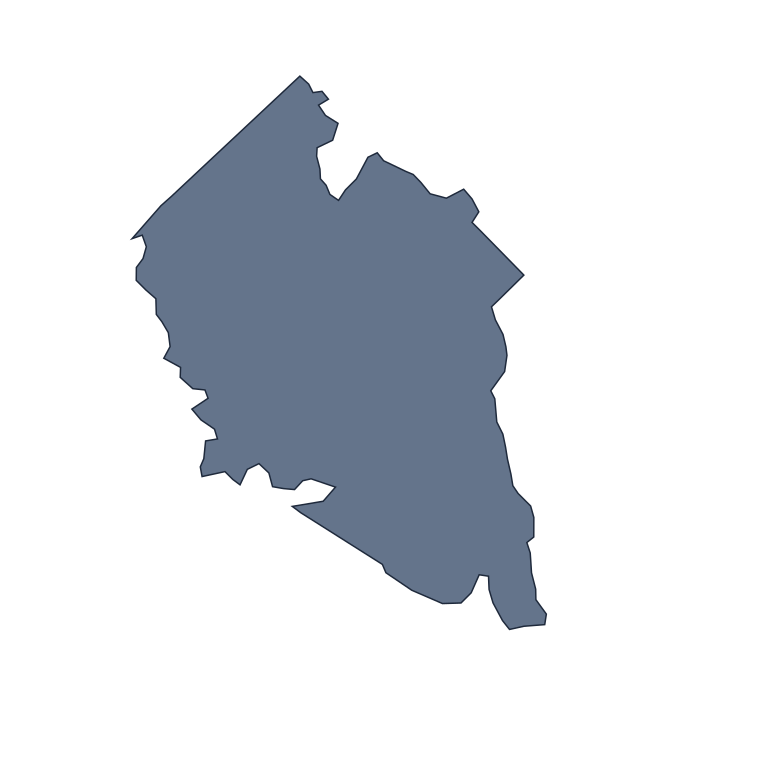 Cruzaltense, Rio Grande do Sul, Brazil (Albers equal-area conic projection), rotated 225°
{"feature_id": "56859067B1237322992297", "entity_name": "Cruzaltense", "entity_type": "district", "adm_level": 2, "iso_a3": "BRA", "parent_name": "Brazil", "parent_adm1": "Rio Grande do Sul", "projection": "albers", "projection_center": [-52.651, -27.628], "detail": "fine", "context": "isolated", "style": "filled", "palette": "slate", "viewbox_px": 768, "rotation_deg": 225, "n_neighbors": 0, "source": "geoboundaries", "source_scale": "gbopen_adm2", "svg_char_len": 1587}
<svg xmlns="http://www.w3.org/2000/svg" viewBox="0 0 768 768"><g transform="rotate(225 384 384)"><path d="M624.7,546.1L634.8,547.1L640.3,539.8L649.3,542.8L661.2,542.2L667.0,365.8L667.8,352.4L664.9,308.7L660.2,318.3L649.1,313.0L643.1,302.3L641.5,291.3L632.5,282.1L618.7,282.1L605.6,283.0L594.2,272.2L585.2,271.0L572.8,267.8L561.7,259.2L557.9,246.5L539.6,251.9L532.8,244.6L515.9,245.5L506.4,253.2L498.3,249.5L502.1,230.4L488.1,229.2L471.9,232.2L462.9,227.4L469.9,217.6L458.6,203.8L455.3,195.5L447.2,189.9L434.5,209.6L423.4,209.6L414.5,210.9L420.3,227.0L416.1,239.3L402.5,239.7L390.2,232.6L381.1,239.0L372.6,246.1L373.1,258.1L368.5,265.4L345.4,276.8L344.1,258.1L362.3,232.6L351.9,234.1L257.6,255.3L249.2,251.9L218.5,257.8L187.4,270.1L174.7,283.6L174.7,298.0L181.8,316.4L174.2,322.0L164.4,313.0L152.1,306.3L132.9,300.5L121.7,299.2L113.8,311.6L100.2,327.5L106.5,336.1L116.0,337.6L124.1,338.9L131.7,346.2L146.2,354.8L153.8,361.5L161.1,367.9L170.9,372.9L169.9,381.7L183.7,395.6L194.0,401.4L211.7,401.4L221.0,403.2L230.5,410.0L243.6,418.2L253.4,425.3L264.5,432.6L277.4,436.9L295.2,451.9L303.7,454.7L307.5,478.1L317.3,491.2L324.1,496.5L334.9,503.2L350.6,508.1L362.6,514.6L362.4,525.3L362.1,559.9L421.6,560.5L436.0,560.5L438.7,572.8L452.6,577.1L465.4,578.1L471.3,559.5L485.9,551.1L500.3,552.6L511.5,552.8L518.8,549.8L542.1,541.6L552.3,542.7L555.7,533.0L551.9,520.6L548.5,509.4L548.5,494.0L546.0,481.7L556.3,479.8L565.5,483.6L574.0,484.1L581.3,490.7L592.7,497.4L598.4,503.8L592.7,520.1L600.8,535.8L615.3,532.5L627.5,534.9L624.7,546.1Z" fill="#64748b" stroke="#1e293b" stroke-width="1.5"/></g></svg>